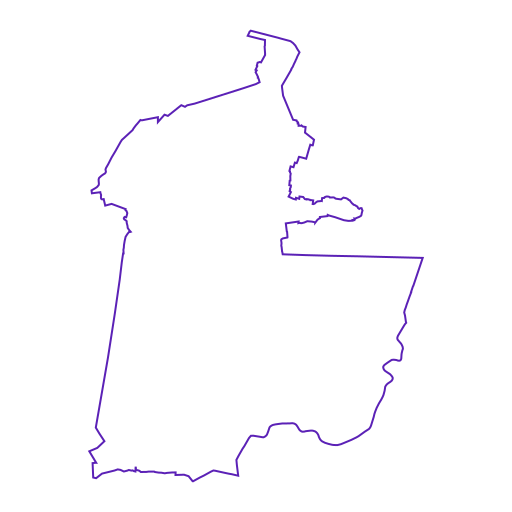 outline of Jamay, Jalisco, Mexico
{"feature_id": "50627088B96170211471605", "entity_name": "Jamay", "entity_type": "district", "adm_level": 2, "iso_a3": "MEX", "parent_name": "Mexico", "parent_adm1": "Jalisco", "projection": "natural_earth1", "projection_center": [-102.668, 20.293], "detail": "fine", "context": "isolated", "style": "outline", "palette": "violet", "viewbox_px": 512, "rotation_deg": 0, "n_neighbors": 0, "source": "geoboundaries", "source_scale": "gbopen_adm2", "svg_char_len": 6042}
<svg xmlns="http://www.w3.org/2000/svg" viewBox="0 0 512 512"><path d="M290.7,41.3L290.3,41.1L280.6,38.5L278.2,37.8L250.7,30.7L249.5,31.9L249.3,32.2L249.3,32.5L247.7,35.8L260.3,39.0L265.0,40.0L264.9,45.7L264.6,46.4L265.1,53.9L265.0,54.2L265.1,55.0L261.0,62.4L259.8,62.0L257.6,62.7L256.8,65.7L257.3,66.1L255.5,69.8L256.7,70.4L255.6,72.2L256.9,74.6L257.4,75.8L257.9,76.5L257.8,77.7L258.2,77.8L258.9,79.7L259.6,82.2L255.8,84.1L243.7,88.1L194.7,103.6L187.2,105.3L185.0,106.8L181.3,105.2L167.9,115.9L164.5,114.7L157.9,122.1L157.9,117.2L142.0,120.3L140.9,120.2L140.4,120.0L137.5,123.5L135.9,125.3L133.5,128.5L132.6,130.1L121.9,139.9L120.6,141.9L115.5,151.0L111.6,157.5L108.2,164.2L106.0,168.0L105.5,169.4L105.9,171.8L105.6,172.6L104.9,173.5L103.5,174.3L101.4,175.8L99.2,177.8L98.9,178.4L98.6,179.7L98.7,181.5L98.9,183.4L98.8,184.8L98.7,185.0L97.4,186.6L96.8,187.2L95.1,188.3L91.5,190.4L91.9,193.3L100.3,192.2L100.5,193.4L100.9,194.3L101.1,195.1L100.9,197.0L101.1,198.6L101.2,198.8L102.1,199.4L103.7,199.1L105.2,205.6L111.6,203.9L125.6,209.1L125.4,209.6L125.5,210.2L126.5,211.0L127.3,213.1L126.8,215.3L126.2,217.3L125.6,217.2L124.8,216.9L124.3,217.3L123.8,218.2L124.2,219.3L124.7,219.6L126.5,220.9L126.7,221.5L126.7,222.8L127.5,225.9L127.7,227.9L129.1,230.0L130.7,231.8L130.1,232.0L129.0,232.0L127.4,234.0L125.6,236.8L124.7,240.8L124.0,244.9L123.8,247.8L123.4,249.8L123.6,253.4L123.1,253.4L121.8,262.2L119.7,279.8L114.8,313.7L108.0,357.4L105.5,371.8L95.8,427.6L99.4,433.6L104.4,441.2L97.3,447.9L89.3,451.3L96.2,462.8L95.2,462.8L92.6,463.1L93.2,477.5L96.1,478.2L102.0,473.6L111.8,471.2L114.6,470.5L117.7,469.4L120.5,469.9L123.9,471.5L127.4,470.6L128.8,470.0L131.5,470.6L132.7,470.4L133.8,471.1L135.4,471.5L135.6,467.6L135.8,467.6L136.0,469.6L136.7,470.1L137.6,470.2L139.4,470.8L140.8,472.0L146.5,471.9L148.6,471.6L153.8,471.6L154.5,471.7L154.8,472.0L158.7,472.6L161.3,472.7L164.8,473.3L166.9,472.9L171.8,472.5L175.6,472.4L175.5,475.0L184.0,474.7L188.6,476.2L192.6,481.2L193.0,481.3L199.9,477.5L203.8,475.6L211.0,471.6L213.4,470.5L215.0,470.7L224.1,472.7L228.8,473.7L231.7,474.2L238.2,475.7L236.9,465.2L236.4,459.9L238.5,455.9L242.6,448.7L244.3,446.2L249.0,438.0L250.9,435.8L253.2,435.7L260.1,436.8L262.3,437.2L263.5,437.3L264.8,436.7L265.7,436.0L266.4,435.4L267.0,434.5L268.1,431.7L268.9,429.3L269.5,427.5L269.9,426.9L270.4,426.4L271.1,425.9L272.1,425.3L273.1,424.9L275.4,424.4L278.9,423.9L282.1,423.5L289.7,423.4L292.3,423.2L294.0,423.5L294.7,423.8L295.4,424.2L296.2,424.8L297.5,426.6L298.6,428.5L299.2,429.5L299.8,430.2L300.5,430.8L301.3,431.3L302.2,431.7L304.3,431.6L305.7,431.2L307.3,431.0L310.8,430.6L312.2,430.6L313.3,430.8L315.1,431.4L316.0,432.0L317.2,433.2L317.9,434.3L318.5,435.5L318.8,436.7L319.5,438.2L320.1,439.3L321.1,440.5L322.2,441.4L325.0,442.8L328.5,443.9L332.2,444.8L334.0,445.0L337.2,445.1L338.6,444.8L340.9,444.2L342.9,443.4L351.3,439.9L356.4,437.4L358.5,436.2L360.6,434.7L364.9,431.6L368.8,429.1L369.5,428.4L370.3,427.2L371.0,425.7L373.7,417.0L374.4,414.0L375.2,411.6L376.7,407.8L379.0,403.3L381.3,399.5L382.7,396.8L383.5,394.9L384.6,390.8L384.9,388.9L385.2,386.8L385.4,386.4L385.9,385.6L386.7,384.5L388.1,383.3L390.4,381.8L391.8,380.6L392.2,379.9L392.6,379.1L392.7,378.4L392.7,377.8L392.2,376.7L391.6,375.9L390.2,374.3L385.5,371.2L384.4,370.2L383.7,369.1L383.4,368.2L383.2,367.2L383.3,366.6L383.8,365.7L384.5,364.9L387.5,362.7L391.1,360.3L391.8,359.9L392.6,359.8L393.6,359.7L395.5,359.9L396.7,360.1L397.6,360.5L398.7,360.7L399.7,360.7L400.5,360.2L400.9,359.6L401.2,358.9L401.3,358.1L401.5,354.6L401.7,353.2L402.4,350.2L402.8,349.2L402.9,348.4L402.6,346.7L401.7,344.7L401.1,343.7L397.8,339.9L397.4,339.0L397.3,338.1L397.4,337.3L398.0,335.7L403.8,326.0L404.8,324.4L405.7,323.3L406.2,322.8L405.8,321.3L405.7,320.3L405.0,315.5L404.2,312.5L404.8,309.9L405.7,307.7L406.7,304.5L407.8,301.5L409.6,296.4L411.2,292.3L411.0,292.2L413.0,286.2L413.3,285.9L422.7,257.9L357.9,256.3L331.6,255.8L305.3,255.1L282.7,254.3L282.3,252.0L282.1,251.6L281.6,246.9L281.3,245.8L281.5,243.6L281.5,242.9L281.1,240.1L281.5,239.2L282.9,238.4L287.4,237.5L287.5,237.2L287.1,231.8L286.8,231.5L286.7,230.7L285.8,223.4L298.6,221.5L298.4,223.1L299.1,222.9L299.5,222.9L301.2,223.2L302.4,223.0L304.3,222.5L307.3,221.2L311.8,221.6L315.2,222.3L315.2,222.7L317.5,219.7L319.4,218.4L319.9,218.2L319.9,217.0L327.5,216.1L327.7,214.9L329.0,215.5L335.1,217.2L343.9,220.2L348.4,220.9L352.6,220.7L352.9,220.6L352.7,220.0L354.5,220.1L354.7,219.7L354.7,219.2L354.4,218.5L355.5,218.6L356.2,218.1L359.2,216.9L360.9,215.9L361.4,215.1L361.8,212.9L362.5,210.5L362.0,209.5L361.6,208.2L360.9,208.1L359.9,208.4L359.2,208.9L358.1,208.1L357.3,206.5L356.4,206.2L355.5,205.4L353.5,204.7L353.3,204.3L352.1,203.4L350.1,200.9L349.8,200.3L348.5,199.9L348.2,199.4L347.6,198.9L346.9,198.6L346.1,198.2L343.4,197.6L341.0,199.4L335.9,198.7L335.2,198.4L334.6,197.8L333.9,197.5L333.3,197.4L330.2,197.5L330.2,197.4L328.8,196.7L327.5,196.5L326.4,196.5L324.6,197.2L324.3,197.9L322.1,198.1L321.8,201.0L321.5,200.9L320.7,201.1L317.4,201.4L315.8,202.5L314.7,203.6L313.4,204.1L312.7,204.0L313.2,200.4L311.0,200.1L310.3,200.2L310.0,199.8L309.0,199.6L308.7,199.4L306.9,199.1L306.7,199.5L304.9,199.1L303.2,197.0L299.5,196.5L299.2,198.8L296.0,197.8L295.8,199.5L293.2,198.8L288.6,196.6L290.9,192.1L289.6,191.2L289.8,190.4L290.0,190.4L290.2,189.9L290.0,188.7L290.8,187.0L290.9,185.5L289.3,185.2L289.7,180.7L290.4,180.5L290.3,176.1L290.7,173.6L290.0,172.2L290.0,171.4L289.4,171.0L290.6,166.4L293.5,167.2L294.9,162.6L296.7,163.1L297.8,160.5L298.9,156.9L299.0,156.8L302.2,157.6L306.2,158.7L308.8,149.6L310.3,144.7L312.0,145.3L312.8,145.3L314.0,139.7L305.0,132.6L305.2,130.7L305.6,127.0L302.7,126.5L301.7,125.6L301.6,125.8L300.1,125.7L298.6,125.8L298.6,124.1L298.4,123.9L297.7,123.6L298.1,122.5L297.3,121.6L296.8,121.5L296.6,120.7L296.5,120.4L293.1,119.8L283.1,95.7L282.1,88.1L281.9,85.8L282.1,85.4L286.3,78.3L291.3,69.6L291.2,69.3L291.8,68.2L292.7,66.9L294.1,63.7L295.4,61.1L295.7,60.2L296.4,58.9L297.3,56.6L299.5,52.3L297.6,49.5L295.4,45.6L293.1,43.1L290.7,41.3Z" fill="none" stroke="#5b21b6" stroke-width="2"/></svg>